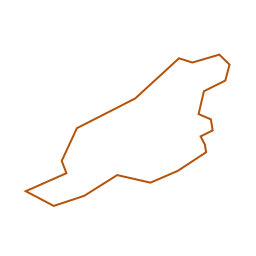 outline of Delvinë, Vlorë, Albania, rotated 285°
{"feature_id": "67620474B1879164611880", "entity_name": "Delvinë", "entity_type": "district", "adm_level": 2, "iso_a3": "ALB", "parent_name": "Albania", "parent_adm1": "Vlorë", "projection": "robinson", "projection_center": [20.095, 39.973], "detail": "fine", "context": "isolated", "style": "outline", "palette": "amber", "viewbox_px": 256, "rotation_deg": 285, "n_neighbors": 0, "source": "geoboundaries", "source_scale": "gbopen_adm2", "svg_char_len": 427}
<svg xmlns="http://www.w3.org/2000/svg" viewBox="0 0 256 256"><g transform="rotate(285 128 128)"><path d="M40.5,45.6L33.5,76.4L51.2,103.3L79.7,129.7L81.0,163.8L99.4,187.1L124.8,209.7L131.8,206.6L138.7,200.3L147.6,210.4L157.8,205.8L159.7,192.6L183.2,191.8L199.0,209.7L215.5,209.7L222.5,197.2L207.9,173.2L208.5,159.2L158.4,127.3L114.6,78.7L79.1,72.5L68.4,80.2L40.5,45.6Z" fill="none" stroke="#b45309" stroke-width="2"/></g></svg>